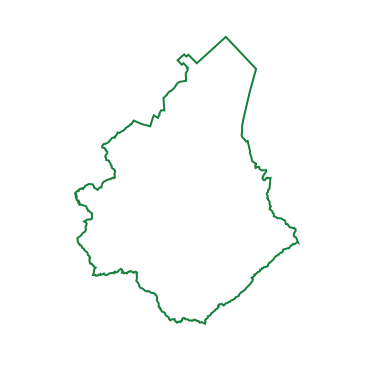 outline of Nyabihu, Western, Rwanda, rotated 49°
{"feature_id": "39286606B61881490568352", "entity_name": "Nyabihu", "entity_type": "district", "adm_level": 2, "iso_a3": "RWA", "parent_name": "Rwanda", "parent_adm1": "Western", "projection": "robinson", "projection_center": [29.504, -1.642], "detail": "fine", "context": "isolated", "style": "outline", "palette": "green", "viewbox_px": 384, "rotation_deg": 49, "n_neighbors": 0, "source": "geoboundaries", "source_scale": "gbopen_adm2", "svg_char_len": 6134}
<svg xmlns="http://www.w3.org/2000/svg" viewBox="0 0 384 384"><g transform="rotate(49 192 192)"><path d="M128.3,284.4L133.0,281.4L134.6,281.6L135.6,282.4L136.8,282.1L137.8,282.8L138.8,282.2L140.7,282.0L141.8,281.5L142.9,281.6L144.1,283.0L146.4,284.8L146.5,286.0L145.3,287.4L143.9,289.7L143.9,291.3L143.4,292.8L144.5,292.7L145.2,292.1L146.8,292.2L147.9,293.7L148.3,295.0L149.7,296.2L150.3,296.3L151.5,297.9L151.7,299.5L151.2,300.9L152.1,304.7L151.6,307.8L151.7,308.8L154.8,310.9L156.9,311.4L157.4,311.1L158.4,311.6L159.0,311.0L160.3,310.8L162.2,311.5L163.1,311.0L164.1,311.2L164.5,310.9L165.5,311.4L168.5,310.8L169.6,310.9L171.1,311.8L173.1,311.5L173.6,311.9L174.3,311.9L174.4,312.5L175.0,313.0L175.2,312.8L176.6,314.6L177.7,314.9L178.9,315.8L180.0,315.0L180.5,315.2L180.8,314.8L182.8,314.9L183.0,314.6L184.2,315.0L184.8,314.7L185.2,315.0L185.9,314.5L186.0,316.2L186.8,317.0L187.0,317.8L187.9,318.1L189.7,321.1L190.8,319.6L191.2,319.3L191.8,319.5L193.0,318.4L193.3,316.3L194.2,315.7L194.0,315.0L194.6,315.1L195.0,314.7L195.7,312.0L196.6,312.4L197.4,311.7L198.2,311.6L198.9,310.6L199.4,307.3L201.3,304.6L201.9,304.4L201.4,303.6L201.6,303.1L201.4,302.7L202.6,301.8L202.9,302.1L203.1,301.7L203.5,300.1L203.2,299.3L203.3,296.3L203.8,296.4L204.6,295.9L205.9,296.1L206.7,297.4L206.9,296.5L207.5,296.4L208.1,296.9L208.9,296.5L209.0,295.6L209.8,294.8L210.7,294.6L210.4,292.3L211.4,291.2L211.2,290.4L212.3,289.7L214.1,289.4L214.6,289.0L214.7,287.6L215.4,286.6L216.2,287.0L216.8,286.4L217.8,287.8L219.8,289.0L222.8,292.5L224.9,292.3L227.1,292.8L228.5,293.6L230.5,293.8L232.4,292.7L236.1,292.1L237.9,290.7L237.9,290.2L238.8,289.5L241.2,289.0L242.9,287.3L244.7,286.8L245.3,287.2L246.2,286.7L248.1,287.2L250.3,288.9L250.7,289.7L254.4,290.3L256.7,292.4L257.0,292.0L257.5,292.3L258.1,292.0L258.9,292.7L259.4,292.3L262.3,293.2L264.5,292.0L265.8,292.0L267.5,292.7L271.4,291.9L273.0,292.7L273.4,292.4L274.3,292.7L274.7,292.5L274.8,291.2L276.4,288.6L278.7,289.4L279.5,289.0L280.8,289.1L280.9,288.9L280.5,288.2L281.3,287.5L281.2,286.8L281.7,286.1L282.6,286.0L282.3,285.0L282.4,283.7L281.2,282.5L281.6,280.9L281.9,280.6L282.4,280.8L282.8,280.3L283.9,280.3L285.5,278.7L287.0,278.6L288.1,277.1L289.3,276.6L289.5,274.7L290.0,274.6L290.2,273.8L290.9,273.5L291.0,273.1L292.8,272.9L293.0,272.2L294.3,271.5L295.1,272.0L295.7,271.9L296.2,270.5L298.2,269.2L300.0,268.7L298.7,266.8L297.3,266.2L297.0,265.1L297.3,264.6L297.2,262.5L296.2,261.7L296.7,260.5L296.9,258.6L296.9,258.1L296.1,257.1L296.5,255.0L296.3,254.3L296.5,252.6L296.1,251.3L296.4,251.1L296.5,249.6L296.2,248.5L296.5,247.9L296.4,247.4L295.0,247.1L294.7,246.4L295.0,246.0L294.7,244.8L295.5,244.1L296.0,242.9L298.5,242.6L298.2,239.7L298.8,238.5L299.2,235.9L299.7,235.5L299.4,234.0L300.3,231.8L300.6,229.3L300.1,227.9L301.0,225.5L301.0,224.7L300.3,223.6L299.9,220.7L300.4,219.2L300.3,217.6L300.7,216.9L299.9,213.2L299.9,210.0L299.5,209.3L299.7,208.0L299.0,206.4L298.9,204.9L297.8,203.2L295.9,203.4L295.8,202.4L296.2,201.7L296.3,199.7L296.1,199.2L295.3,199.2L295.4,198.2L295.9,196.9L295.5,194.8L296.3,193.5L296.2,192.6L295.3,191.5L296.0,190.5L295.5,189.1L296.1,188.4L296.0,186.8L296.6,186.4L297.7,183.1L296.9,182.5L296.0,180.1L296.4,179.5L296.3,174.6L295.6,172.6L295.5,170.7L295.9,169.6L295.7,168.7L296.2,167.7L295.8,165.9L296.7,163.4L296.3,162.3L295.4,161.5L295.3,160.9L297.5,156.1L298.1,155.6L297.4,153.2L297.6,151.0L297.3,150.0L298.5,149.4L299.0,145.4L299.8,145.1L294.7,143.3L292.0,144.1L290.3,142.4L289.3,139.3L288.0,138.2L287.7,138.5L286.1,138.4L285.7,139.4L284.9,139.6L282.7,141.4L278.9,141.0L277.8,142.2L274.7,140.6L273.9,140.7L273.5,141.2L272.3,141.3L270.1,142.3L268.5,143.9L268.0,144.8L266.3,144.9L264.0,146.2L262.4,144.7L260.5,144.8L259.4,144.0L255.3,144.8L255.6,144.6L255.2,143.2L254.3,142.6L254.5,142.0L251.8,141.3L250.3,139.8L247.4,139.5L246.9,139.0L245.8,139.2L244.9,137.5L243.0,137.2L242.3,136.8L241.7,134.3L240.7,133.5L240.2,132.5L240.4,131.4L233.1,123.8L233.0,124.5L232.3,124.3L231.2,125.4L230.7,126.8L230.4,126.2L230.2,126.5L230.8,129.4L229.8,130.1L229.5,129.8L228.0,130.0L227.3,129.3L226.6,127.4L226.1,126.9L225.5,122.9L224.1,121.8L221.5,125.2L218.7,125.9L217.3,124.9L217.0,125.0L215.8,126.4L216.0,126.8L215.5,128.3L213.5,126.9L213.1,125.5L212.6,125.0L211.2,125.7L208.2,126.3L206.9,125.8L205.7,124.9L200.4,122.7L199.4,121.5L190.0,116.5L189.2,118.1L186.7,117.8L184.5,118.1L182.6,117.8L180.8,116.6L180.5,115.8L174.5,110.3L169.7,104.1L153.4,81.4L141.2,62.9L97.1,64.7L98.0,103.9L86.0,104.7L86.0,107.4L83.0,107.7L83.1,116.4L89.2,116.2L89.3,113.9L94.9,113.8L95.1,114.2L95.5,113.7L97.1,115.3L97.8,116.5L98.2,118.8L104.2,123.5L100.7,129.2L100.4,130.9L100.5,132.9L101.5,135.6L101.9,137.9L101.9,141.8L101.5,142.3L101.4,144.5L102.2,147.3L102.3,151.2L102.4,151.9L103.8,153.0L112.3,159.4L110.1,161.6L111.1,164.4L111.6,165.5L112.6,166.0L112.7,167.2L113.7,169.1L109.1,170.5L110.4,173.1L115.0,180.4L108.4,185.0L99.9,189.1L101.0,193.3L101.0,194.1L100.5,194.4L100.9,195.8L100.2,199.8L100.5,200.5L100.7,203.7L100.1,205.2L99.7,208.2L98.3,209.0L99.6,212.2L99.5,214.0L100.4,214.4L98.7,216.8L99.3,219.8L99.2,220.9L99.8,222.1L98.8,226.0L97.9,226.8L98.0,228.6L98.7,230.1L99.6,230.6L101.4,229.2L102.8,229.1L103.0,229.6L104.5,229.8L105.8,229.4L107.0,230.3L107.6,232.9L108.5,234.4L109.4,234.2L111.5,235.7L113.8,234.2L114.8,234.7L117.0,234.8L118.3,235.5L119.6,235.4L120.6,236.4L121.5,236.7L123.1,236.1L123.3,236.3L124.3,235.9L125.2,236.1L126.4,236.9L127.6,238.9L128.6,239.3L130.4,240.7L130.3,242.0L129.3,242.2L128.9,243.4L129.0,244.5L128.2,245.4L127.7,247.3L127.2,247.8L126.7,250.9L126.4,251.2L126.4,252.8L127.0,254.5L129.1,257.4L128.1,258.9L128.5,261.8L124.3,263.0L123.6,262.4L121.3,261.9L118.8,264.0L118.1,265.1L118.1,266.3L117.6,266.8L117.3,268.6L117.8,269.5L117.8,271.0L118.3,272.1L117.2,272.3L117.3,272.9L116.7,273.1L115.9,275.9L117.0,276.9L116.8,277.5L116.1,277.7L115.9,278.8L116.3,281.3L117.1,281.4L117.1,280.9L117.6,280.8L117.8,281.7L118.9,282.5L119.0,281.7L119.3,281.6L119.7,281.8L120.3,283.3L121.1,283.6L121.3,283.3L122.3,284.2L123.3,283.7L124.0,284.2L124.2,283.3L125.3,283.6L125.9,284.8L126.4,284.4L127.0,284.8L127.3,284.4L128.0,285.1L128.3,284.4Z" fill="none" stroke="#15803d" stroke-width="2"/></g></svg>